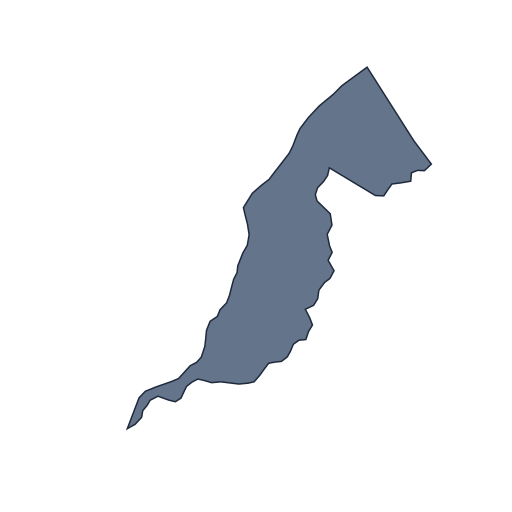 Embakasi North, Nairobi, Kenya, rotated 150°
{"feature_id": "3690345B82574132257993", "entity_name": "Embakasi North", "entity_type": "district", "adm_level": 2, "iso_a3": "KEN", "parent_name": "Kenya", "parent_adm1": "Nairobi", "projection": "natural_earth1", "projection_center": [36.904, -1.247], "detail": "fine", "context": "isolated", "style": "filled", "palette": "slate", "viewbox_px": 512, "rotation_deg": 150, "n_neighbors": 0, "source": "geoboundaries", "source_scale": "gbopen_adm2", "svg_char_len": 1446}
<svg xmlns="http://www.w3.org/2000/svg" viewBox="0 0 512 512"><g transform="rotate(150 256 256)"><path d="M227.7,312.2L235.6,308.0L242.7,304.2L245.0,296.6L247.4,288.0L251.3,277.9L258.2,269.6L266.0,265.1L276.7,256.6L280.7,251.1L287.0,247.0L293.4,240.6L298.5,235.3L304.9,230.1L313.9,227.5L319.7,223.0L328.4,222.4L336.1,216.3L341.2,209.1L345.5,203.3L353.9,195.8L360.5,193.6L367.8,193.9L376.2,191.2L384.5,188.6L392.3,189.6L408.0,192.6L419.4,194.2L428.1,191.7L453.8,170.8L444.8,170.7L435.7,173.5L431.4,178.7L425.1,181.0L419.8,184.0L411.0,183.6L403.7,174.9L398.7,170.1L392.1,170.4L387.1,173.9L381.4,177.8L374.2,178.8L367.8,178.5L362.9,173.9L357.8,168.5L349.5,164.7L334.9,153.7L326.4,149.8L320.5,148.0L312.4,150.8L305.1,154.1L298.7,156.8L292.5,154.6L286.7,152.0L279.3,153.0L273.5,156.5L267.8,160.9L260.9,161.6L254.6,158.7L248.3,164.3L241.6,168.0L240.4,175.5L239.9,185.2L230.8,184.5L224.0,188.1L218.6,195.0L209.8,198.8L203.2,199.6L195.8,204.2L195.7,216.2L188.2,221.1L187.3,227.7L183.5,239.2L174.8,244.7L170.6,255.4L175.6,273.1L174.0,279.4L168.6,284.3L160.3,286.7L153.8,289.9L148.4,295.7L122.4,248.7L115.3,244.2L108.0,247.8L102.3,250.4L94.0,246.9L84.6,243.4L79.8,250.3L73.3,249.4L67.5,245.7L58.2,247.9L61.7,276.9L65.4,364.0L96.3,360.6L107.7,357.5L126.0,354.4L141.2,349.8L153.9,344.5L159.5,340.7L169.1,332.9L175.7,328.5L182.2,325.8L190.2,322.5L199.1,318.9L206.4,315.8L216.2,314.5L227.7,312.2Z" fill="#64748b" stroke="#1e293b" stroke-width="1.5"/></g></svg>